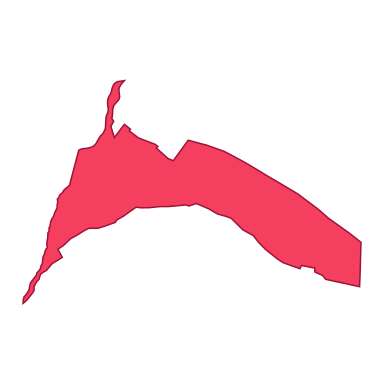 the district of Junín, Mendoza, Argentina
{"feature_id": "61730980B95365862986383", "entity_name": "Junín", "entity_type": "district", "adm_level": 2, "iso_a3": "ARG", "parent_name": "Argentina", "parent_adm1": "Mendoza", "projection": "albers", "projection_center": [-68.566, -33.138], "detail": "fine", "context": "isolated", "style": "filled", "palette": "rose", "viewbox_px": 384, "rotation_deg": 0, "n_neighbors": 0, "source": "geoboundaries", "source_scale": "gbopen_adm2", "svg_char_len": 2060}
<svg xmlns="http://www.w3.org/2000/svg" viewBox="0 0 384 384"><path d="M361.0,242.3L348.9,232.8L328.3,218.1L318.3,209.3L297.9,194.0L284.7,186.1L267.2,175.8L244.9,162.4L224.3,151.4L205.9,144.9L201.8,143.9L188.2,140.2L173.3,160.7L168.1,158.6L156.4,148.1L157.9,146.4L155.1,144.3L152.5,143.3L140.5,138.7L138.1,137.6L129.2,130.9L130.5,129.2L124.4,124.3L114.4,137.5L110.9,126.5L113.7,121.1L111.9,118.8L112.4,115.5L112.7,111.7L112.7,109.4L113.8,105.6L115.4,103.6L117.0,101.7L118.6,100.1L119.7,97.1L119.3,93.8L118.9,89.6L119.3,87.5L121.3,84.1L124.4,80.6L120.0,81.3L117.8,81.5L115.3,82.8L113.6,84.7L112.5,87.1L111.8,89.5L111.4,91.7L110.3,94.3L109.0,96.2L108.0,98.8L107.5,102.4L107.9,107.1L108.3,109.3L107.9,112.0L106.6,115.3L106.0,117.5L105.8,120.4L105.6,124.4L105.4,128.4L103.3,133.0L101.9,134.6L100.3,136.1L97.8,140.3L96.1,143.5L94.0,145.7L91.4,147.2L88.9,147.9L86.2,148.4L83.3,148.6L80.9,149.2L78.8,150.1L69.5,185.2L67.8,186.9L65.6,188.5L63.5,190.7L62.5,192.6L59.9,194.7L58.7,197.6L57.3,199.1L57.7,202.0L57.2,204.7L57.0,208.0L54.7,212.7L53.9,215.5L53.0,217.2L51.7,219.2L50.8,221.3L50.1,225.3L49.0,228.3L49.1,231.1L47.9,232.8L47.8,236.1L47.6,238.1L46.8,242.8L46.8,245.2L47.5,247.4L46.0,249.2L45.0,251.3L44.6,253.5L43.1,256.7L42.7,259.7L42.3,263.5L41.0,265.8L40.2,269.1L38.7,271.0L36.9,272.9L36.3,275.3L32.1,280.7L30.4,283.1L29.0,289.9L27.2,293.0L25.4,295.4L24.0,296.9L23.3,299.6L23.0,303.4L25.0,301.9L27.9,298.9L33.0,292.4L34.1,290.4L34.0,286.8L36.5,282.0L39.0,279.3L40.5,274.2L44.5,271.4L46.3,270.6L52.2,263.6L62.3,257.4L58.0,249.2L63.3,245.6L70.7,238.6L77.6,234.8L84.5,230.5L88.8,228.3L97.9,228.3L106.4,225.6L115.4,222.3L116.5,220.2L123.9,215.9L129.8,211.6L136.1,207.2L140.9,207.8L148.9,207.7L160.1,206.6L167.6,206.6L175.0,206.0L186.2,204.9L188.9,206.0L196.3,203.5L208.9,208.9L214.4,212.2L217.7,214.1L224.4,215.9L231.0,218.1L242.8,229.8L253.4,235.7L258.8,242.6L265.7,249.6L277.0,258.6L282.9,262.6L299.9,268.7L301.5,265.5L314.8,268.1L314.8,271.9L322.8,275.6L325.5,279.3L359.6,286.7L360.1,273.5L361.0,242.3Z" fill="#f43f5e" stroke="#9f1239" stroke-width="1.5"/></svg>